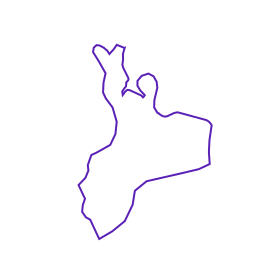 an SVG outline of Dubréka, rotated 155°
{"feature_id": "GIN-5635", "entity_name": "Dubréka", "entity_type": "Prefecture", "adm_level": 1, "iso_a3": "GIN", "parent_name": "Guinea", "parent_adm1": "", "projection": "mercator", "projection_center": [-13.586, 9.952], "detail": "fine", "context": "isolated", "style": "outline", "palette": "violet", "viewbox_px": 256, "rotation_deg": 155, "n_neighbors": 0, "source": "natural_earth", "source_scale": "10m", "svg_char_len": 1213}
<svg xmlns="http://www.w3.org/2000/svg" viewBox="0 0 256 256"><g transform="rotate(155 128 128)"><path d="M97.2,202.0L101.2,197.4L103.5,192.2L106.4,187.6L106.9,184.6L106.6,173.4L106.9,172.0L107.8,171.1L110.4,170.0L110.9,168.8L112.2,166.6L115.1,165.2L117.8,163.5L118.8,160.1L114.9,162.3L112.4,162.8L110.6,161.7L102.1,151.7L101.5,149.4L100.7,149.6L100.2,149.9L98.9,150.7L101.0,156.8L101.6,162.3L99.5,166.7L93.6,169.5L86.5,168.7L83.0,164.1L82.5,157.8L84.4,152.1L92.4,142.0L95.6,135.6L94.9,129.2L93.9,128.3L94.0,128.0L92.1,124.8L90.5,123.2L88.6,122.3L87.4,122.1L79.9,122.1L77.6,121.6L76.6,121.3L75.7,120.7L53.7,102.1L52.9,101.0L52.1,99.7L51.6,98.3L51.0,95.8L51.3,94.5L52.1,93.5L59.4,82.4L64.9,71.9L69.2,60.8L81.4,60.8L96.4,63.9L133.7,71.9L148.3,68.2L156.2,56.5L170.2,45.0L186.0,41.0L201.0,39.6L201.0,60.8L203.9,64.9L205.0,71.4L201.5,77.3L196.9,82.0L196.9,97.2L187.7,100.8L181.9,106.1L180.1,111.4L172.6,119.0L166.8,119.0L151.2,120.2L142.0,127.8L135.6,138.4L133.3,153.1L135.6,164.2L135.6,170.7L131.0,179.5L125.2,187.1L126.3,201.2L127.6,211.6L125.0,215.3L121.5,216.4L118.8,214.7L116.1,211.1L114.1,206.8L113.6,202.9L107.7,205.4L103.0,208.1L97.3,202.0L97.2,202.0Z" fill="none" stroke="#5b21b6" stroke-width="2"/></g></svg>